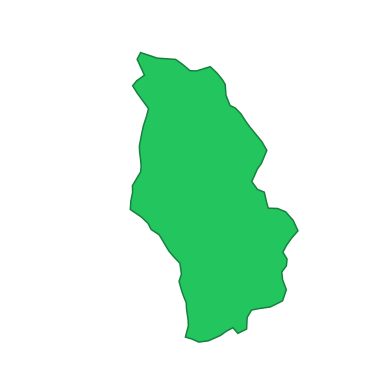 the district of Lefkonoiko, Cyprus, rotated 144°
{"feature_id": "46923920B58626774901810", "entity_name": "Lefkonoiko", "entity_type": "district", "adm_level": 2, "iso_a3": "CYP", "parent_name": "Cyprus", "parent_adm1": "", "projection": "orthographic", "projection_center": [33.737, 35.264], "detail": "fine", "context": "isolated", "style": "filled", "palette": "green", "viewbox_px": 384, "rotation_deg": 144, "n_neighbors": 0, "source": "geoboundaries", "source_scale": "gbopen_adm2", "svg_char_len": 1248}
<svg xmlns="http://www.w3.org/2000/svg" viewBox="0 0 384 384"><g transform="rotate(144 192 192)"><path d="M282.6,78.5L278.7,73.4L274.7,66.6L266.3,62.0L253.3,59.2L245.9,59.2L238.6,58.1L238.0,50.7L228.4,49.0L221.1,58.1L213.2,61.5L205.9,58.1L196.3,53.0L190.1,51.9L182.7,50.7L173.1,57.5L170.3,67.7L166.4,74.5L159.0,76.8L154.5,81.9L153.9,89.8L147.2,93.2L138.7,96.1L129.1,98.3L126.8,109.7L127.4,115.4L127.9,121.0L132.5,128.4L139.8,134.1L137.5,140.3L133.6,149.4L137.5,155.6L137.5,165.3L125.7,172.1L118.9,174.4L107.0,181.7L106.3,188.0L105.9,191.4L106.5,202.2L107.0,210.1L107.0,216.9L106.5,226.6L107.6,234.5L110.4,239.6L107.6,250.4L101.9,259.5L101.4,265.1L101.9,273.7L103.6,282.7L117.2,287.3L122.3,291.3L124.5,300.3L127.3,308.9L141.5,320.8L151.6,335.0L158.4,331.6L161.8,314.5L171.4,314.5L177.6,312.8L178.2,304.3L178.2,291.3L178.2,285.0L184.4,279.9L192.3,274.2L197.4,269.7L207.6,260.1L211.0,254.9L214.4,248.7L217.8,243.0L221.7,238.5L228.5,235.6L236.4,232.2L240.3,226.6L247.1,220.3L252.2,214.1L247.7,201.6L246.0,192.5L247.1,185.7L243.7,176.6L244.8,164.7L245.4,157.3L244.8,150.0L243.7,141.5L248.8,131.8L255.0,127.3L258.4,118.2L260.1,112.5L261.8,105.7L265.2,100.6L270.2,91.0L273.6,85.9L282.6,78.5Z" fill="#22c55e" stroke="#15803d" stroke-width="1.5"/></g></svg>